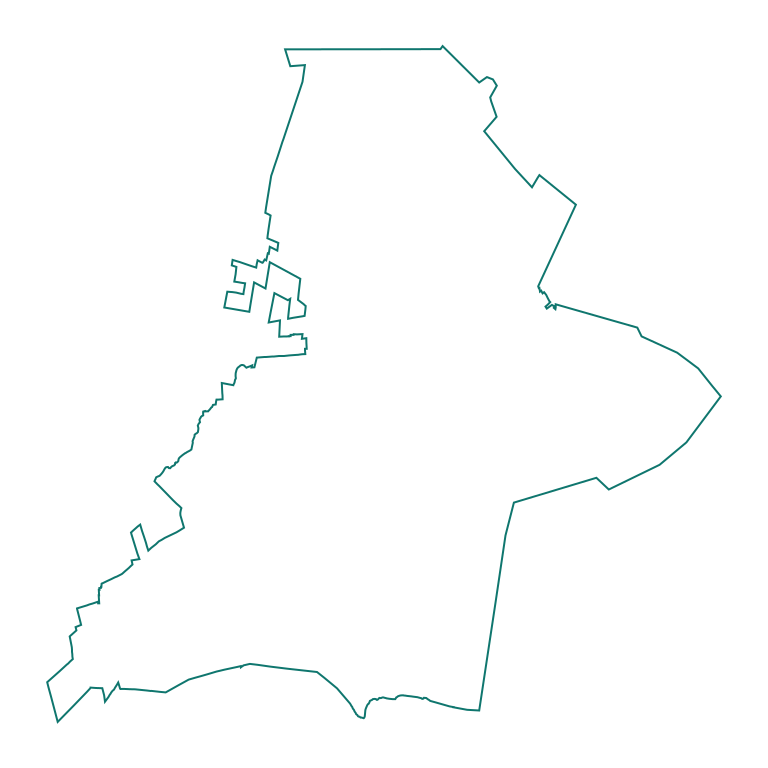 the district of Villa de Arriaga, San Luis Potosí, Mexico
{"feature_id": "50627088B85978668916883", "entity_name": "Villa de Arriaga", "entity_type": "district", "adm_level": 2, "iso_a3": "MEX", "parent_name": "Mexico", "parent_adm1": "San Luis Potosí", "projection": "equal_earth", "projection_center": [-101.343, 21.982], "detail": "fine", "context": "isolated", "style": "outline", "palette": "teal", "viewbox_px": 768, "rotation_deg": 0, "n_neighbors": 0, "source": "geoboundaries", "source_scale": "gbopen_adm2", "svg_char_len": 5954}
<svg xmlns="http://www.w3.org/2000/svg" viewBox="0 0 768 768"><path d="M467.1,709.8L479.2,710.5L495.4,603.4L505.5,535.4L513.9,502.6L596.4,477.8L608.8,489.5L659.6,464.8L686.4,442.4L720.8,396.4L712.4,386.2L698.2,368.4L677.2,352.7L641.6,336.4L637.3,327.6L555.7,304.3L555.7,307.7L555.4,309.2L553.8,307.8L554.6,306.2L552.6,305.4L551.9,304.9L546.8,308.6L545.5,306.6L547.6,304.8L550.9,301.4L550.0,302.2L548.8,300.1L547.6,297.8L546.2,294.9L544.1,292.2L542.6,293.4L541.2,290.7L540.0,291.6L539.4,287.9L538.8,288.1L538.2,286.3L575.9,204.7L539.4,175.1L537.7,177.7L532.0,187.3L515.0,168.9L484.2,131.2L496.6,116.8L491.2,101.4L490.2,97.4L496.8,85.7L492.9,79.4L486.9,77.1L479.2,82.5L442.6,46.1L440.5,49.1L411.0,49.2L320.6,49.3L306.0,49.3L285.1,49.3L290.3,66.2L304.9,65.1L302.5,81.8L283.4,139.2L282.5,141.6L280.9,146.6L277.7,156.5L274.3,166.5L272.8,171.2L271.2,175.8L266.1,207.2L265.3,212.8L268.7,214.4L270.6,215.5L268.6,228.7L267.7,235.3L267.5,237.0L267.4,238.3L278.3,242.9L277.3,250.6L275.4,249.6L269.8,246.8L268.8,253.7L267.8,253.3L266.3,260.1L266.2,260.4L264.7,259.5L262.8,262.6L262.3,262.8L259.6,261.4L257.6,260.3L256.7,264.3L256.2,267.6L251.5,266.1L239.6,262.0L236.8,261.2L232.6,259.9L231.8,265.4L236.4,266.9L235.6,274.3L234.3,281.6L238.2,282.2L242.1,282.9L245.1,283.3L244.5,287.4L243.7,291.6L243.4,294.1L241.1,293.8L236.2,292.6L232.5,292.1L227.3,291.7L224.3,307.5L249.3,311.8L250.4,304.9L254.1,282.4L265.5,288.5L269.8,262.2L300.3,278.8L298.6,293.6L298.0,299.9L303.6,304.1L304.7,305.2L305.7,306.0L305.4,309.4L304.6,315.9L302.5,316.3L299.3,316.8L293.1,317.8L288.1,318.8L288.1,317.7L289.4,305.3L290.2,298.8L287.9,300.2L274.4,293.1L270.6,312.4L268.7,322.5L280.0,320.4L279.2,336.7L283.1,336.5L288.9,336.4L288.9,336.1L290.6,336.1L290.6,334.9L293.6,334.9L293.7,334.2L296.9,334.4L302.5,334.1L301.9,338.8L306.3,338.2L306.4,343.1L306.6,346.6L306.7,348.8L305.0,348.8L305.0,350.4L305.3,354.1L302.4,354.2L300.0,354.5L298.2,354.8L296.4,354.9L289.6,355.4L284.0,356.0L279.0,356.0L274.2,356.5L272.7,356.5L266.0,357.0L264.4,357.0L256.8,357.6L254.4,367.3L251.6,367.5L252.1,365.4L250.0,366.3L247.5,367.2L246.4,367.7L243.8,365.3L242.5,365.0L241.7,365.0L240.4,365.5L239.7,366.2L238.1,367.4L237.4,368.2L237.1,368.7L236.5,370.0L236.2,371.2L235.7,373.1L235.6,374.9L235.6,376.3L235.8,377.8L235.8,378.6L235.4,379.2L235.0,380.0L234.6,382.2L234.1,383.6L233.4,384.6L233.3,385.2L221.8,383.0L222.3,393.3L222.5,395.3L222.6,399.1L222.6,399.3L218.3,399.6L216.5,399.6L216.1,401.4L215.7,404.5L213.0,404.9L212.1,407.0L211.4,407.4L209.7,409.6L208.4,410.9L208.2,411.3L205.4,411.4L205.2,411.0L204.3,411.2L204.3,411.5L203.2,411.6L203.1,412.4L203.2,415.4L202.0,416.0L201.1,416.7L199.5,419.6L199.6,420.7L200.0,422.2L198.7,423.7L197.8,425.6L198.4,428.0L198.3,429.6L197.9,432.1L196.8,433.2L195.5,433.9L194.6,434.8L194.5,436.5L193.2,439.6L192.6,441.2L192.8,442.8L192.2,445.6L191.4,449.5L189.7,450.7L187.8,451.7L187.2,452.0L185.4,453.2L185.1,453.2L183.6,454.3L182.5,455.1L181.3,456.1L180.0,457.2L179.2,458.0L178.6,459.1L178.3,461.0L177.5,462.0L176.6,462.7L175.8,462.4L175.1,463.0L175.0,464.5L173.9,465.5L172.2,466.2L171.0,467.2L170.2,468.2L168.9,468.1L168.0,467.0L166.2,467.2L165.4,467.8L164.5,469.1L163.5,471.0L162.5,472.5L161.2,474.1L159.6,475.8L157.6,476.6L156.2,477.3L155.4,479.3L154.9,480.3L154.5,481.3L157.4,484.3L159.3,486.1L169.5,496.6L172.8,500.0L176.5,503.6L179.6,506.3L181.4,508.1L181.0,509.4L180.6,511.1L180.3,513.0L180.4,515.3L184.0,527.7L179.2,530.7L176.5,532.3L164.8,537.9L161.4,540.0L158.9,541.3L155.8,544.3L151.3,547.8L148.3,550.6L146.9,546.3L146.0,542.9L144.1,537.0L142.0,530.8L140.2,524.6L137.7,526.5L135.8,528.2L134.3,529.5L132.2,531.4L131.7,532.0L131.0,532.5L131.5,534.4L133.1,539.6L137.4,553.6L139.4,559.1L131.6,560.4L132.5,564.5L130.6,566.2L128.9,567.9L126.6,569.9L125.4,570.9L122.5,573.5L121.7,574.1L116.6,576.7L116.2,576.8L114.7,577.4L111.1,579.2L107.0,581.1L102.5,583.3L102.0,583.4L101.6,583.7L101.4,586.8L101.0,586.8L101.0,587.8L99.3,588.1L99.5,589.8L98.8,589.8L99.1,595.3L98.7,595.3L99.2,603.3L98.1,603.3L98.0,601.7L92.4,603.6L89.5,604.4L86.9,605.4L77.0,608.4L77.0,608.6L80.1,620.8L81.1,624.9L75.6,627.1L76.4,630.4L69.7,636.4L71.4,645.1L71.8,647.2L72.0,649.7L72.0,651.8L72.3,654.1L72.4,656.6L72.8,659.1L70.0,661.6L68.1,663.6L66.9,664.5L59.6,671.2L47.2,682.2L48.5,687.4L51.1,696.9L54.2,708.6L57.7,721.9L73.7,705.6L87.3,691.5L90.6,687.9L90.6,687.6L96.0,688.0L102.3,688.2L104.1,695.2L105.0,701.7L108.4,697.1L109.9,694.5L110.4,694.0L111.2,692.5L112.1,691.4L112.7,690.6L113.6,690.0L114.1,689.4L114.9,687.9L117.0,684.6L118.2,682.5L118.5,683.4L119.4,686.3L120.0,688.4L120.4,689.0L123.1,688.9L125.7,689.0L129.8,689.2L134.6,689.3L134.9,689.3L146.8,690.5L150.9,691.0L151.4,690.9L160.3,691.9L165.7,692.4L178.7,685.1L188.7,679.6L195.6,677.6L200.7,676.2L207.3,674.3L216.7,671.5L220.2,670.7L224.3,669.7L237.4,666.9L240.8,666.1L240.9,667.3L242.1,666.4L242.7,666.1L243.4,665.4L249.9,663.9L257.5,664.8L270.2,666.6L287.3,668.7L317.0,672.0L324.3,677.8L337.0,688.3L350.1,703.6L351.6,706.2L352.2,706.9L352.6,708.0L353.0,708.8L353.5,709.3L354.1,710.2L354.3,710.7L354.5,711.4L355.1,712.2L355.6,712.8L356.1,714.1L357.4,715.1L358.0,716.2L358.7,716.6L359.6,716.7L360.2,717.3L360.7,717.6L361.4,717.5L363.7,718.2L364.2,717.7L364.7,716.6L364.9,715.1L365.3,710.6L365.5,709.5L366.0,708.1L366.8,706.2L367.3,705.1L367.9,704.2L368.6,703.8L368.8,703.3L369.2,702.9L369.9,700.9L372.2,699.8L372.7,699.2L374.3,698.9L375.5,699.0L376.1,699.2L376.2,699.4L376.6,699.8L377.4,699.8L378.2,699.2L378.9,698.3L379.7,697.9L380.7,698.1L381.5,697.9L382.2,697.5L383.2,697.4L385.4,698.0L386.0,698.1L386.3,698.3L386.9,698.4L389.4,698.8L392.4,699.1L395.3,699.1L396.3,697.4L397.0,697.1L397.9,696.3L399.5,695.7L400.9,695.4L403.2,695.3L403.8,695.5L405.2,695.6L407.0,695.9L411.5,696.4L412.8,696.6L417.5,697.2L418.5,697.5L421.6,698.3L422.2,698.9L423.4,698.6L423.9,697.8L426.2,698.0L427.9,699.3L429.4,700.2L430.2,700.9L433.8,701.9L434.9,702.2L449.6,706.4L453.6,707.1L453.5,707.3L467.1,709.8Z" fill="none" stroke="#0f766e" stroke-width="2"/></svg>